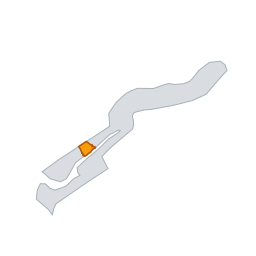 location of Central Badibu, North Bank, Gambia, rotated 326°
{"feature_id": "56634734B73613655778936", "entity_name": "Central Badibu", "entity_type": "district", "adm_level": 2, "iso_a3": "GMB", "parent_name": "Gambia", "parent_adm1": "North Bank", "projection": "orthographic", "projection_center": [-15.935, 13.52], "detail": "fine", "context": "in_parent", "style": "filled", "palette": "amber", "viewbox_px": 256, "rotation_deg": 326, "n_neighbors": 0, "source": "geoboundaries", "source_scale": "gbopen_adm2", "svg_char_len": 2758}
<svg xmlns="http://www.w3.org/2000/svg" viewBox="0 0 256 256"><g transform="rotate(326 128 128)"><path d="M32.5,116.2L52.1,115.5L75.8,115.8L101.6,116.2L113.8,116.3L120.2,105.1L132.3,100.2L144.7,98.3L151.2,98.8L158.0,100.4L171.2,109.5L179.4,111.6L186.3,113.7L191.2,118.1L199.1,122.5L205.3,123.7L208.9,123.0L215.0,121.2L219.0,119.8L232.1,119.1L241.8,124.2L243.8,129.8L242.3,135.6L229.4,138.8L211.5,143.7L196.6,141.2L178.6,134.7L168.0,130.1L163.6,128.2L157.0,125.2L151.3,122.0L145.7,119.9L141.5,118.6L138.4,120.3L136.8,124.3L134.3,128.8L131.1,131.4L116.0,133.0L102.4,134.6L95.1,136.0L90.3,137.1L88.7,150.5L73.4,150.3L58.3,150.2L42.6,150.4L25.7,150.6L21.4,153.3L16.8,157.7L16.4,151.0L12.2,135.7L17.9,129.0L24.2,125.1L28.4,128.3L29.7,134.5L32.9,138.8L44.0,141.5L54.9,139.6L61.6,140.4L61.4,137.0L63.7,132.4L77.0,130.4L91.0,129.1L105.5,126.3L116.8,126.4L120.2,125.7L119.3,124.5L109.2,123.2L87.5,126.4L65.5,127.3L48.7,135.6L41.9,134.8L35.0,126.5L32.5,116.2Z" fill="#d9dde1" stroke="#a8b0b8" stroke-width="1"/><path d="M85.8,115.8L85.0,115.8L84.8,115.8L84.5,115.8L83.5,115.8L82.8,115.8L82.1,115.8L80.4,115.8L79.8,115.8L79.3,115.8L78.8,115.8L78.1,115.8L77.9,115.8L76.8,115.8L76.7,115.8L76.8,116.4L76.8,116.6L76.7,117.6L76.7,118.2L76.7,118.9L76.6,119.2L76.5,119.8L76.3,120.7L76.3,120.8L76.1,121.5L76.1,121.8L76.0,122.0L75.9,122.6L75.9,122.9L75.8,123.0L76.1,123.1L76.2,123.3L76.0,123.5L76.1,123.8L76.1,124.0L75.9,123.9L75.9,124.0L75.9,124.3L76.1,124.4L76.1,124.5L76.2,124.8L76.1,124.7L76.0,124.8L75.9,124.9L75.7,125.1L75.8,125.1L75.8,125.3L75.7,125.4L75.7,125.5L75.8,125.5L76.0,125.4L76.0,125.5L75.9,125.6L76.0,125.7L76.1,125.8L75.9,125.9L75.8,126.1L76.0,126.3L76.0,126.6L76.0,126.8L76.2,127.0L76.3,127.0L76.5,127.1L76.7,127.3L76.8,127.3L76.9,127.2L77.0,127.3L77.3,127.3L77.8,127.4L78.0,127.4L78.5,127.4L78.9,127.4L79.0,127.3L79.2,127.2L79.5,127.3L79.5,127.2L79.8,127.2L80.0,127.1L80.5,127.0L81.1,127.0L82.1,127.0L82.6,127.1L82.9,127.2L83.2,127.3L83.6,127.1L84.0,126.9L84.2,126.7L84.3,126.7L84.5,126.6L84.9,126.5L85.1,126.4L85.3,126.3L85.6,126.2L86.1,126.0L86.4,126.0L86.6,125.9L86.9,125.8L87.3,125.8L87.6,125.8L87.7,125.7L87.8,125.7L87.9,125.8L88.1,125.8L88.5,125.9L88.8,126.0L89.4,126.2L89.6,126.2L90.0,126.3L90.1,126.0L90.1,125.8L90.0,125.7L90.0,125.4L90.0,125.2L89.8,125.2L89.7,125.2L89.1,124.3L89.2,124.2L89.0,123.8L88.8,123.7L88.6,123.6L88.6,123.3L88.3,123.2L88.2,123.2L88.3,123.0L88.6,123.0L88.7,122.9L88.8,122.8L88.8,122.7L88.9,122.3L88.7,122.3L88.7,122.0L88.5,121.8L88.4,121.7L88.1,121.8L88.1,121.6L88.1,121.2L88.0,120.9L87.8,120.8L87.5,120.8L87.4,120.7L87.4,120.1L87.3,119.9L87.2,119.4L87.2,119.2L87.0,118.8L86.9,118.5L86.7,117.9L86.6,117.7L86.5,117.4L86.4,117.2L86.0,116.3L86.0,116.2L85.8,115.8Z" fill="#f59e0b" stroke="#b45309" stroke-width="1.5"/></g></svg>